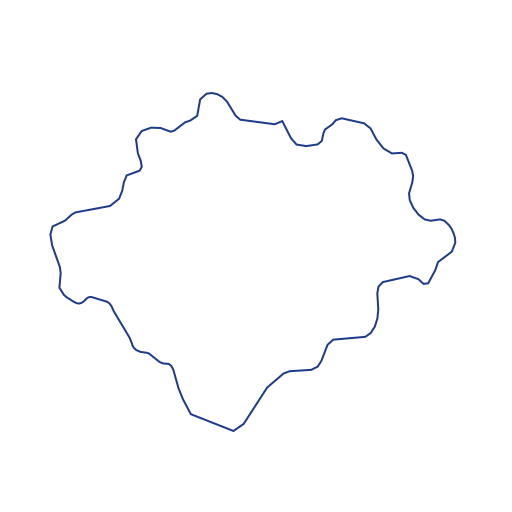 outline of Treviso, rotated 170°
{"feature_id": "ITA-5466", "entity_name": "Treviso", "entity_type": "Province", "adm_level": 1, "iso_a3": "ITA", "parent_name": "Italy", "parent_adm1": "", "projection": "orthographic", "projection_center": [12.224, 45.808], "detail": "fine", "context": "isolated", "style": "outline", "palette": "blue", "viewbox_px": 512, "rotation_deg": 170, "n_neighbors": 0, "source": "natural_earth", "source_scale": "10m", "svg_char_len": 1676}
<svg xmlns="http://www.w3.org/2000/svg" viewBox="0 0 512 512"><g transform="rotate(170 256 256)"><path d="M308.6,87.6L347.6,111.5L347.8,112.1L352.8,127.6L355.3,139.4L357.2,158.6L358.6,162.6L360.7,164.9L365.2,166.0L367.0,166.8L369.4,168.4L378.3,178.5L379.9,179.5L386.4,181.6L390.4,184.3L392.1,186.6L393.1,189.1L393.6,192.4L394.7,197.5L405.8,226.7L407.1,231.8L408.5,234.6L410.1,236.5L425.2,244.2L427.3,244.5L429.4,244.0L434.4,240.7L436.4,240.1L438.4,239.9L440.4,240.5L442.8,242.0L449.9,248.5L451.9,251.1L455.1,258.9L451.3,273.2L451.1,279.3L454.9,301.8L454.8,312.8L451.2,320.4L437.9,324.0L430.3,328.8L426.2,330.3L391.1,330.6L380.9,336.2L376.5,343.3L373.4,351.4L369.4,357.8L355.7,360.3L353.0,363.7L353.0,369.8L354.5,377.8L353.9,391.8L346.9,398.9L337.0,400.6L327.7,398.6L318.4,393.2L314.6,393.7L302.5,400.0L297.5,400.7L289.6,404.2L283.8,419.9L276.6,424.4L271.4,424.2L266.2,422.2L261.5,418.5L257.8,413.2L251.7,397.7L247.9,393.0L214.7,382.5L206.7,384.3L201.1,365.9L196.7,358.7L187.4,355.5L175.9,355.2L171.2,357.9L168.3,365.1L166.2,368.5L157.9,372.5L153.8,375.9L147.6,376.7L126.5,367.9L121.0,361.7L117.1,349.6L111.7,339.7L104.3,333.4L94.4,332.3L90.8,329.5L87.4,312.7L87.4,307.4L89.2,301.6L94.4,291.1L94.9,284.4L92.8,276.3L88.8,268.6L83.6,262.8L77.9,260.4L68.4,260.1L64.4,258.0L60.6,252.9L58.7,248.8L57.5,244.2L56.9,239.4L57.4,234.5L62.4,226.3L77.8,218.4L82.0,210.8L91.2,199.2L95.9,199.5L100.2,205.1L108.3,209.6L135.6,208.3L140.7,204.6L143.0,198.2L144.9,181.9L147.3,173.4L151.2,165.9L156.3,160.3L162.3,157.4L194.5,160.2L200.9,156.2L209.8,141.4L214.5,136.3L221.5,134.3L242.8,136.7L249.3,135.5L267.9,124.5L297.3,92.8L308.6,87.6Z" fill="none" stroke="#1e3a8a" stroke-width="2"/></g></svg>